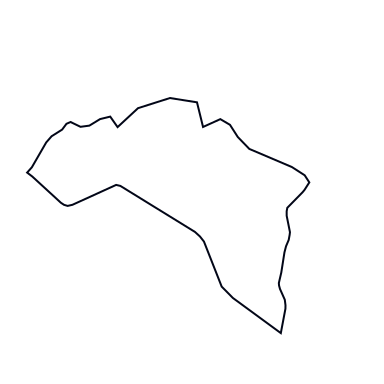 the border of Hanover, rotated 32°
{"feature_id": "JAM-1371", "entity_name": "Hanover", "entity_type": "Parish", "adm_level": 1, "iso_a3": "JAM", "parent_name": "Jamaica", "parent_adm1": "", "projection": "equal_earth", "projection_center": [-78.136, 18.373], "detail": "fine", "context": "isolated", "style": "outline", "palette": "ink", "viewbox_px": 384, "rotation_deg": 32, "n_neighbors": 0, "source": "natural_earth", "source_scale": "10m", "svg_char_len": 795}
<svg xmlns="http://www.w3.org/2000/svg" viewBox="0 0 384 384"><g transform="rotate(32 192 192)"><path d="M41.9,262.9L43.1,255.9L42.1,227.2L43.4,219.1L48.8,207.9L49.4,200.7L51.9,197.0L62.9,195.8L69.8,190.1L75.4,178.9L82.7,171.4L94.5,176.4L101.8,149.5L123.5,124.0L148.7,113.3L166.9,131.0L177.4,115.2L188.6,114.9L201.7,121.1L217.8,125.1L263.5,117.9L278.7,118.1L286.4,121.7L286.3,130.7L285.9,133.6L281.2,154.9L282.5,158.2L284.9,162.0L296.4,174.2L297.6,176.8L299.4,181.4L300.5,188.2L302.4,194.2L310.4,213.0L313.9,223.2L315.4,225.2L318.0,227.6L327.8,234.2L331.3,238.5L333.1,241.5L342.1,264.6L282.8,260.2L267.3,256.5L228.4,227.7L222.3,225.5L215.7,224.3L128.0,224.8L123.9,226.2L97.4,266.2L93.9,269.7L90.3,270.7L86.5,270.6L48.3,263.5L41.9,262.9Z" fill="none" stroke="#020617" stroke-width="2"/></g></svg>